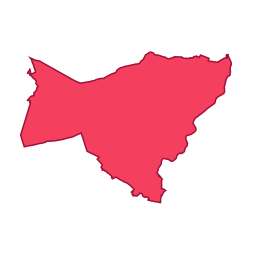 outline of Darmanesti, Suceava, Romania, rotated 266°
{"feature_id": "2599482B2984859912538", "entity_name": "Darmanesti", "entity_type": "district", "adm_level": 2, "iso_a3": "ROU", "parent_name": "Romania", "parent_adm1": "Suceava", "projection": "orthographic", "projection_center": [26.129, 47.745], "detail": "fine", "context": "isolated", "style": "filled", "palette": "rose", "viewbox_px": 256, "rotation_deg": 266, "n_neighbors": 0, "source": "geoboundaries", "source_scale": "gbopen_adm2", "svg_char_len": 5748}
<svg xmlns="http://www.w3.org/2000/svg" viewBox="0 0 256 256"><g transform="rotate(266 128 128)"><path d="M194.3,232.9L193.9,231.9L194.2,231.4L194.0,231.2L193.6,231.1L192.8,231.0L192.6,231.1L192.6,231.5L192.3,231.9L191.8,232.1L191.3,232.1L190.8,231.9L190.7,231.4L191.0,230.8L191.2,230.1L191.0,229.5L191.0,229.0L190.9,228.7L190.4,227.9L189.4,226.0L189.0,225.0L188.5,224.2L188.2,223.7L188.1,223.2L187.7,222.8L187.3,222.7L187.9,219.1L189.0,214.1L189.4,212.6L191.8,213.7L195.7,205.5L193.5,203.9L194.9,201.4L194.4,201.2L194.5,201.0L194.8,200.2L194.8,199.9L194.8,199.6L194.7,199.3L194.4,198.8L194.4,198.4L194.2,198.1L194.1,197.9L193.6,197.7L193.4,197.6L193.4,197.4L193.5,196.4L193.4,195.4L193.4,195.2L193.7,194.9L193.7,194.7L193.7,194.4L193.2,193.6L193.1,193.3L193.1,193.0L193.2,192.9L193.3,192.4L193.2,191.7L193.2,191.4L193.4,191.3L193.4,190.9L193.5,190.8L193.6,190.4L193.5,189.9L193.6,188.9L193.7,188.6L193.8,188.4L194.1,188.0L194.4,187.3L194.5,187.2L194.7,186.8L195.0,186.6L195.0,186.4L195.2,186.1L195.2,185.8L195.2,185.3L195.1,185.0L195.2,184.6L195.5,183.1L195.5,182.7L195.4,182.5L195.4,182.4L195.5,182.1L195.4,181.9L195.6,181.6L195.6,181.1L195.5,180.9L195.5,180.7L195.7,180.2L195.4,179.9L195.8,179.4L195.8,179.2L195.6,179.0L195.3,178.9L195.4,178.3L195.3,177.9L195.2,177.6L195.0,177.1L194.9,176.8L194.6,176.3L194.5,175.9L194.5,174.8L194.5,174.6L194.1,174.0L194.1,173.6L194.1,173.0L194.2,172.7L195.4,171.0L196.2,169.6L196.7,167.5L198.0,164.9L198.5,163.2L198.9,162.4L198.7,161.1L198.7,160.2L200.7,158.8L201.4,157.8L201.9,156.8L202.1,155.5L201.8,154.3L201.3,153.7L200.9,153.2L200.5,152.3L199.6,150.5L196.8,148.9L194.9,147.5L194.2,146.1L193.7,145.5L192.5,144.7L191.3,143.2L191.2,139.7L190.2,133.8L189.6,128.9L188.8,126.3L188.7,124.8L187.7,122.8L186.2,120.8L184.6,120.0L184.2,119.6L183.9,118.9L183.7,117.3L183.2,116.7L182.9,115.0L181.5,112.0L181.0,110.7L179.1,106.7L179.1,106.4L179.3,105.6L179.4,104.8L179.0,102.5L178.8,101.0L178.4,99.3L178.0,98.5L177.7,97.8L177.2,94.3L177.1,93.5L176.9,92.9L176.8,91.8L176.7,90.5L176.6,88.6L176.4,87.7L176.1,83.9L176.1,83.5L176.4,82.9L177.3,81.1L178.7,78.4L180.6,75.4L193.4,55.9L201.0,44.4L202.0,40.8L202.5,39.5L202.8,38.9L203.8,37.2L204.7,35.4L203.8,36.0L203.2,36.3L202.0,36.7L199.5,37.3L197.7,38.0L195.3,38.5L192.8,39.2L190.2,39.7L188.3,35.0L193.4,34.2L193.2,34.0L192.5,33.8L191.5,32.9L191.1,32.5L190.5,32.1L189.6,31.7L189.5,32.1L189.7,32.3L189.7,32.6L189.4,33.2L189.1,33.4L188.8,33.6L187.8,33.8L187.5,34.0L187.1,34.7L186.5,35.2L185.8,36.0L184.8,36.5L184.8,36.8L184.7,36.9L184.3,37.1L183.9,37.4L183.5,38.0L182.7,38.6L182.4,39.0L181.9,39.3L180.8,39.7L180.3,39.7L179.3,39.4L178.8,39.2L177.9,39.7L175.6,41.3L175.3,40.8L174.8,40.2L174.4,39.9L172.5,39.4L171.8,39.0L171.6,39.0L171.3,38.8L171.4,38.6L171.2,38.4L170.7,38.0L170.3,37.6L170.4,37.3L169.9,36.9L169.8,36.7L169.5,36.5L166.8,36.4L166.7,34.5L166.6,34.1L166.0,32.9L163.4,30.6L162.9,29.7L162.5,29.7L162.0,32.2L160.2,31.7L159.8,32.5L146.7,27.4L142.4,25.8L134.3,22.7L129.8,20.9L128.4,20.4L118.5,22.7L118.5,22.8L116.5,23.2L116.9,26.0L117.1,27.4L117.4,30.8L117.6,31.9L117.7,33.2L117.9,34.5L118.2,36.0L118.6,38.0L118.9,41.1L119.4,44.1L119.7,44.9L120.4,46.6L120.3,50.7L120.3,53.4L120.8,59.2L121.3,62.9L122.0,66.3L122.4,68.3L122.9,71.6L123.2,72.9L124.0,74.7L124.6,76.2L126.3,81.0L125.2,81.2L119.1,82.8L113.5,84.1L107.6,85.6L106.3,87.9L105.2,89.8L104.7,90.7L103.3,93.2L101.7,95.8L100.9,97.0L99.1,95.1L95.7,97.7L95.7,97.8L92.9,99.9L90.7,98.4L89.9,98.8L88.8,99.5L88.1,99.4L87.8,99.4L87.7,99.4L87.5,99.5L87.7,100.1L88.3,100.7L87.5,101.2L86.8,101.8L86.4,102.4L86.4,103.1L86.2,103.4L86.0,103.6L85.3,103.9L84.7,104.2L84.6,104.3L84.4,105.0L84.0,105.7L83.1,106.3L82.3,107.2L81.2,108.2L80.8,108.3L80.4,108.8L80.2,108.8L79.6,108.2L79.0,108.4L78.5,109.0L78.4,109.2L78.5,109.4L79.3,111.2L80.0,112.4L79.5,113.1L77.0,116.5L76.9,116.8L76.4,117.5L74.9,119.7L73.0,123.4L72.5,124.0L70.9,125.8L69.7,127.0L66.4,129.8L64.6,128.4L64.9,127.9L63.7,126.9L63.3,127.5L62.2,128.0L61.7,127.5L60.8,128.1L60.4,128.2L60.5,128.5L60.5,128.8L59.9,128.8L59.8,129.1L60.0,130.2L59.9,130.9L59.5,131.5L59.6,132.1L59.8,132.7L60.9,134.1L62.1,134.9L61.8,135.9L61.6,136.9L61.7,137.2L61.6,137.4L61.2,137.6L59.1,138.0L58.7,138.3L58.2,139.2L58.2,139.5L57.8,139.9L57.7,140.1L57.6,140.4L57.6,140.7L57.7,141.1L57.9,141.3L57.9,141.6L57.9,142.0L57.6,142.8L57.2,142.9L57.0,143.2L56.3,144.0L54.8,142.9L54.5,143.4L54.7,143.7L54.6,144.0L54.2,144.6L54.0,144.9L53.8,145.3L53.6,146.1L53.4,147.6L52.5,150.2L52.4,151.0L52.3,151.9L52.0,152.7L51.3,155.1L51.9,155.4L53.1,155.5L54.8,155.5L56.6,156.1L58.7,156.5L58.4,157.3L58.9,157.5L59.5,157.8L60.8,158.7L61.9,159.6L62.7,160.4L63.0,161.2L64.1,159.8L64.5,159.3L65.4,157.2L67.3,157.5L73.5,157.8L74.0,158.1L74.5,158.6L77.4,156.7L77.0,156.1L78.0,155.3L78.5,155.8L79.8,154.9L81.2,153.7L82.1,154.3L84.2,155.2L86.3,155.8L88.0,157.3L89.0,158.2L90.5,158.8L92.6,159.1L93.4,159.5L94.4,160.1L94.8,160.7L95.1,161.8L94.2,164.4L94.1,165.8L92.2,168.2L91.7,169.3L92.1,171.0L93.5,172.9L94.6,174.1L97.1,174.9L98.2,176.0L99.3,177.6L99.0,178.7L98.8,179.9L100.2,182.2L101.3,182.9L103.3,183.3L104.6,184.2L106.2,185.7L108.5,186.3L110.0,185.9L113.1,184.9L114.5,185.1L115.7,185.4L116.3,186.0L116.8,188.3L117.0,189.8L118.7,193.1L119.7,194.5L121.1,195.6L122.0,195.8L123.6,195.5L127.9,193.3L129.2,193.3L129.9,193.8L131.7,194.8L133.4,196.1L134.4,197.9L139.3,205.3L140.0,206.3L141.8,208.4L142.9,210.1L145.2,214.0L146.7,216.2L148.1,216.9L150.1,217.4L151.4,218.3L152.9,220.0L155.3,225.2L156.1,226.2L157.5,226.9L159.9,227.0L162.4,226.9L164.5,227.7L169.5,229.3L171.6,230.4L172.6,231.6L173.5,233.4L176.2,234.0L177.7,234.1L178.6,234.0L180.6,234.0L181.3,234.2L182.6,234.8L183.5,235.2L184.6,235.6L185.6,235.6L187.4,235.1L190.6,233.9L191.6,233.4L193.0,233.0L194.3,232.9Z" fill="#f43f5e" stroke="#9f1239" stroke-width="1.5"/></g></svg>